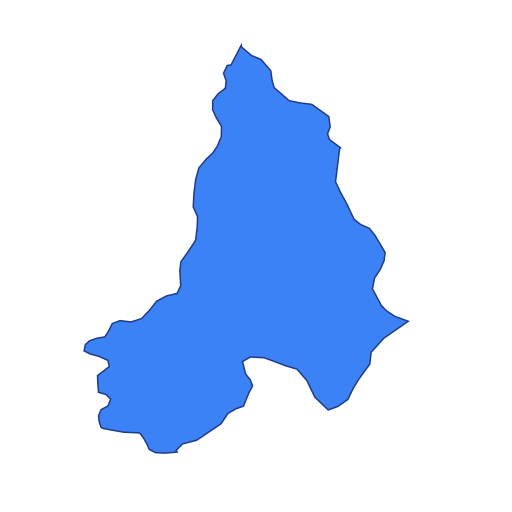 Cheongsong-gun, North Gyeongsang, South Korea, rotated 7°
{"feature_id": "91817680B32757414449699", "entity_name": "Cheongsong-gun", "entity_type": "district", "adm_level": 2, "iso_a3": "KOR", "parent_name": "South Korea", "parent_adm1": "North Gyeongsang", "projection": "orthographic", "projection_center": [129.024, 36.373], "detail": "fine", "context": "isolated", "style": "filled", "palette": "blue", "viewbox_px": 512, "rotation_deg": 7, "n_neighbors": 0, "source": "geoboundaries", "source_scale": "gbopen_adm2", "svg_char_len": 1675}
<svg xmlns="http://www.w3.org/2000/svg" viewBox="0 0 512 512"><g transform="rotate(7 256 256)"><path d="M326.7,138.3L314.9,131.6L312.1,126.1L313.9,118.8L311.2,108.7L292.9,98.7L281.0,98.7L270.0,97.8L253.6,86.8L250.8,80.4L248.1,70.4L237.1,60.3L227.1,57.6L216.1,50.3L215.7,48.6L207.9,69.5L204.2,70.4L201.5,78.6L205.1,85.9L205.1,93.2L198.7,99.6L194.2,106.9L195.1,116.1L199.6,123.4L206.0,131.6L207.0,141.7L204.2,151.8L200.5,159.1L195.1,165.5L188.6,175.5L186.8,187.4L186.8,201.2L187.7,214.9L193.2,224.1L194.1,234.1L194.1,247.9L187.7,260.7L182.2,270.8L182.2,279.9L184.9,294.6L182.2,302.8L172.1,306.5L162.9,312.9L157.4,322.1L150.0,332.1L140.0,336.7L128.9,336.7L121.6,340.6L118.7,348.8L115.8,354.7L108.1,357.0L101.1,360.5L97.5,364.6L96.9,371.1L103.4,373.5L111.6,374.6L121.6,377.6L123.9,383.5L118.6,388.8L113.3,394.0L114.5,401.7L116.3,410.5L123.9,411.7L129.2,415.8L127.4,422.8L120.9,427.5L119.3,433.4L119.2,434.0L120.9,440.5L123.3,445.2L125.6,445.8L130.0,446.1L132.7,446.3L146.2,447.0L162.0,445.8L166.2,449.9L170.9,456.4L173.8,461.1L180.3,463.4L187.9,462.9L192.0,462.3L201.6,460.2L200.4,458.8L205.9,451.5L219.7,446.0L241.8,426.7L247.3,415.7L254.6,410.2L261.9,406.5L265.6,392.7L268.4,385.4L265.6,379.9L260.1,374.4L255.5,362.4L262.8,356.9L276.6,356.0L288.5,358.8L299.5,361.5L310.5,363.3L321.6,373.4L331.7,389.0L346.4,400.0L355.5,395.4L364.7,387.1L368.4,376.1L372.9,366.0L382.1,349.5L382.0,337.5L393.0,321.9L415.1,302.2L401.2,299.0L392.0,294.4L386.5,289.9L375.5,274.3L376.4,263.3L381.0,254.1L383.7,245.0L383.7,236.7L371.7,221.2L365.3,214.8L356.2,212.1L348.8,207.5L339.6,192.9L332.3,182.8L325.9,172.7L325.9,139.8L326.7,138.3Z" fill="#3b82f6" stroke="#1e3a8a" stroke-width="1.5"/></g></svg>